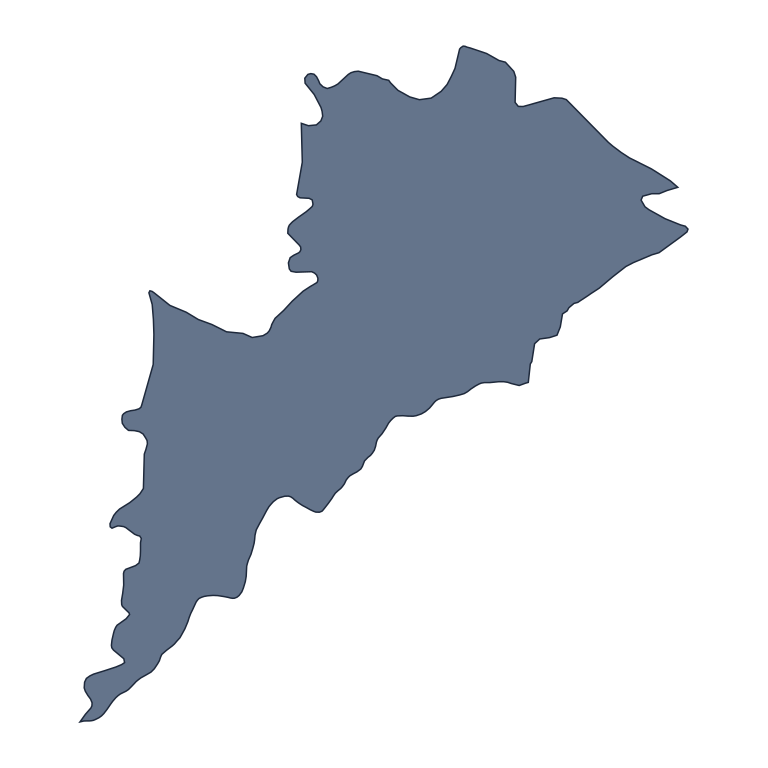 Pajapita, San Marcos, Guatemala
{"feature_id": "79465075B67367283540012", "entity_name": "Pajapita", "entity_type": "district", "adm_level": 2, "iso_a3": "GTM", "parent_name": "Guatemala", "parent_adm1": "San Marcos", "projection": "mercator", "projection_center": [-92.076, 14.718], "detail": "fine", "context": "isolated", "style": "filled", "palette": "slate", "viewbox_px": 768, "rotation_deg": 0, "n_neighbors": 0, "source": "geoboundaries", "source_scale": "gbopen_adm2", "svg_char_len": 4939}
<svg xmlns="http://www.w3.org/2000/svg" viewBox="0 0 768 768"><path d="M80.0,721.9L83.8,721.0L87.4,720.9L89.5,720.9L91.6,720.7L93.5,720.3L95.4,719.5L99.0,717.7L101.5,715.9L103.8,713.6L107.1,709.3L110.8,703.9L112.7,701.3L115.8,697.7L118.0,695.7L120.3,694.0L122.7,692.8L126.0,691.2L128.5,689.5L131.6,686.4L136.1,681.6L138.3,679.8L140.8,677.9L146.0,675.0L151.0,672.1L154.3,668.8L155.7,666.7L157.7,663.7L159.4,660.7L160.0,658.8L160.7,656.8L161.8,654.4L164.2,652.3L166.5,650.3L172.3,645.9L174.5,643.9L176.6,641.4L179.9,637.8L181.6,634.8L184.9,628.8L187.9,621.6L189.2,617.4L190.8,613.3L192.6,609.7L194.2,606.2L196.1,602.1L197.5,600.1L199.0,598.5L201.5,597.3L204.2,596.4L207.7,595.8L213.1,595.4L217.8,595.6L224.2,596.6L228.2,597.4L230.5,598.0L232.7,598.3L234.5,598.2L237.0,597.2L239.1,595.5L241.8,591.9L243.4,588.0L245.3,581.7L246.2,576.3L246.7,566.1L247.4,563.4L248.5,559.9L251.0,554.3L252.8,548.3L254.1,543.3L254.6,539.9L255.0,535.3L255.8,531.8L256.3,529.8L259.5,523.7L262.8,517.8L265.0,513.6L266.6,510.6L269.0,506.6L271.2,504.0L273.4,501.6L277.2,498.7L279.4,497.7L284.8,496.2L288.5,496.1L290.7,496.8L293.1,498.4L294.4,499.7L296.9,501.7L299.1,503.3L302.5,505.5L306.1,507.4L310.4,509.8L313.6,511.3L315.8,512.1L319.5,512.2L322.0,511.2L323.2,509.9L324.4,508.4L328.3,503.4L330.4,500.5L331.9,498.4L333.3,496.1L335.3,493.2L338.0,490.7L340.7,488.5L342.3,486.7L344.4,483.8L345.3,481.9L346.2,480.0L348.3,477.3L350.0,475.7L353.6,473.6L356.9,471.9L360.8,469.0L362.4,466.4L363.7,463.0L364.6,460.8L365.9,459.5L367.9,457.4L370.5,455.4L372.4,453.1L374.3,450.2L375.6,446.3L376.4,442.3L377.1,440.2L378.2,438.1L382.0,433.8L385.8,428.1L388.6,423.1L390.7,420.5L393.1,418.1L395.3,416.4L397.3,415.9L402.8,415.7L407.9,416.1L413.2,416.2L416.2,415.7L421.4,413.9L425.5,411.5L429.5,408.1L431.9,405.3L434.5,402.1L436.1,400.6L438.4,399.2L441.2,398.3L448.4,397.2L452.9,396.5L459.5,395.0L464.2,393.6L467.5,391.7L470.9,389.0L475.4,386.0L479.1,384.0L481.3,383.1L484.3,382.6L489.7,382.6L498.8,381.7L503.7,381.7L507.7,382.3L511.2,383.5L519.2,385.5L525.5,383.2L528.3,382.4L530.3,364.0L531.8,361.6L534.6,343.7L539.7,339.0L549.6,337.6L557.0,335.2L560.3,326.9L562.5,313.9L567.1,310.9L568.9,307.7L574.0,303.4L577.8,302.4L580.0,300.9L588.5,295.3L590.6,293.8L599.2,288.2L612.7,276.8L625.9,266.5L633.4,262.6L651.9,254.8L659.0,252.7L680.4,237.1L687.0,231.9L688.0,229.1L685.3,226.2L680.5,224.9L665.1,218.7L649.1,209.8L645.0,206.8L641.1,200.1L642.7,196.2L651.8,193.7L659.2,193.7L667.1,190.5L677.8,187.3L670.4,180.9L651.6,169.0L629.3,157.8L621.1,152.4L612.6,146.0L608.4,142.4L566.3,99.6L562.0,98.2L554.1,97.8L523.2,106.5L518.3,106.4L515.1,102.4L515.7,77.2L513.8,71.4L505.4,62.2L499.0,60.5L486.6,53.5L470.3,48.0L466.9,47.1L465.1,46.3L463.1,46.1L460.8,47.7L459.6,49.1L455.0,68.4L451.3,76.4L447.1,84.5L441.2,91.3L431.2,98.1L419.4,99.7L409.7,96.9L397.9,90.3L390.5,82.8L388.7,80.3L382.4,78.9L377.0,75.7L358.3,71.2L354.5,71.6L351.0,72.7L348.3,74.4L337.9,84.0L334.6,85.9L331.2,87.3L327.2,88.5L323.0,86.8L319.8,83.7L318.7,80.9L316.5,76.7L314.0,74.2L310.8,73.6L307.9,74.4L304.8,78.2L305.1,83.2L314.2,94.5L321.0,107.5L322.1,111.4L322.7,116.2L320.9,120.9L316.4,124.9L308.4,125.7L301.3,123.3L302.3,162.2L296.6,194.5L297.7,196.5L300.0,197.8L309.1,198.3L312.2,199.9L313.0,204.2L312.3,206.4L309.9,208.6L306.1,211.8L299.0,216.8L292.7,221.6L291.0,223.3L289.3,225.2L288.5,227.0L288.0,229.1L287.8,233.3L297.6,243.4L299.0,244.8L300.6,246.9L300.9,249.6L300.0,251.6L298.7,252.8L293.8,255.2L290.2,257.6L288.4,262.9L289.3,268.9L291.1,271.3L296.0,272.2L311.7,271.7L314.6,273.1L316.6,275.0L317.9,278.2L317.8,280.7L317.0,282.5L310.1,286.6L303.1,291.2L292.3,301.1L283.7,310.4L275.1,318.3L273.2,321.7L271.7,324.6L271.0,327.2L269.2,330.9L267.3,333.1L263.0,335.7L252.2,337.5L243.0,333.4L226.5,331.8L211.9,324.5L198.3,319.5L186.2,312.2L169.9,305.4L154.1,292.8L152.1,291.4L149.9,290.8L148.9,292.8L152.2,304.5L153.4,319.4L153.9,334.6L153.2,364.5L141.7,405.1L140.9,407.3L139.0,408.8L134.9,410.1L130.7,410.7L126.4,411.9L123.7,413.7L122.4,415.3L121.9,419.2L122.3,423.3L124.9,427.3L128.5,430.4L134.3,430.6L139.4,431.7L143.1,434.0L145.8,438.2L147.1,440.6L147.4,443.9L145.9,449.5L144.3,454.1L143.4,488.5L140.0,493.7L136.6,497.1L129.8,502.6L123.9,506.3L119.6,509.0L116.2,512.3L113.7,515.5L110.0,523.7L110.2,526.8L112.0,528.2L115.5,526.7L117.9,525.9L120.3,526.1L123.7,526.6L126.0,527.7L128.7,529.8L131.9,532.2L134.5,534.2L137.5,535.5L139.7,536.0L141.3,538.5L140.5,542.7L140.5,550.9L140.3,556.0L139.7,559.9L139.0,563.0L135.6,565.6L125.8,569.3L124.1,571.2L123.5,573.5L123.7,585.1L122.7,593.3L121.5,600.4L121.7,604.7L122.5,606.5L127.3,611.2L129.0,612.8L129.6,614.5L126.2,618.7L117.1,625.2L115.7,627.3L114.3,630.5L113.6,633.0L112.0,639.9L111.4,645.3L111.8,647.8L113.5,650.1L123.8,658.7L124.6,662.6L121.6,664.6L115.9,667.0L104.6,670.7L93.6,674.1L89.9,675.9L86.4,678.4L84.6,682.2L84.2,687.9L85.3,691.2L87.9,695.5L90.5,699.0L92.1,702.8L91.9,705.9L90.9,708.0L85.4,714.3L80.0,721.9Z" fill="#64748b" stroke="#1e293b" stroke-width="1.5"/></svg>